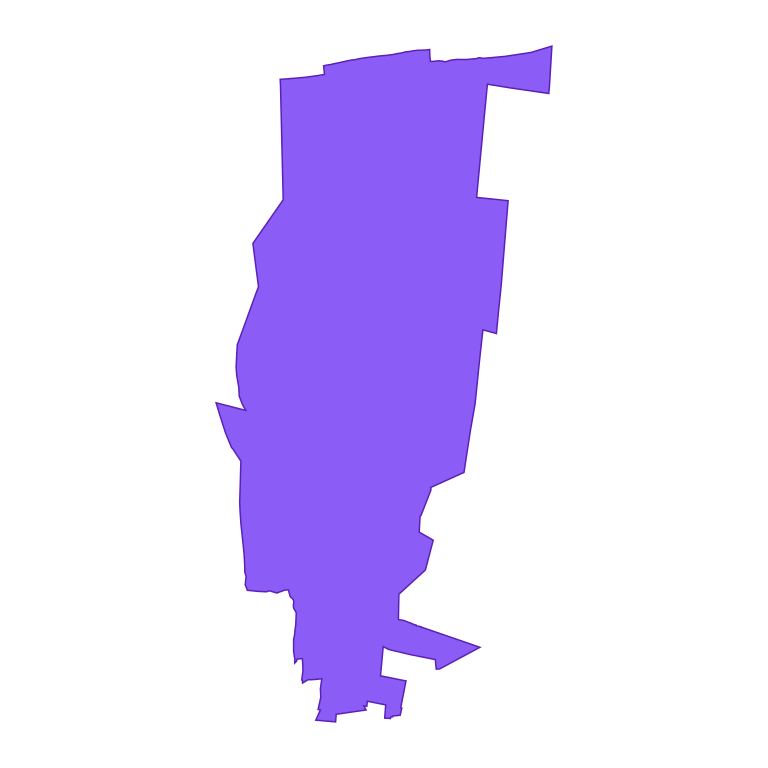 outline of Ixil, Yucatán, Mexico
{"feature_id": "50627088B50740950401551", "entity_name": "Ixil", "entity_type": "district", "adm_level": 2, "iso_a3": "MEX", "parent_name": "Mexico", "parent_adm1": "Yucatán", "projection": "robinson", "projection_center": [-89.477, 21.229], "detail": "fine", "context": "isolated", "style": "filled", "palette": "violet", "viewbox_px": 768, "rotation_deg": 0, "n_neighbors": 0, "source": "geoboundaries", "source_scale": "gbopen_adm2", "svg_char_len": 3014}
<svg xmlns="http://www.w3.org/2000/svg" viewBox="0 0 768 768"><path d="M464.0,472.4L465.7,461.1L470.3,431.1L475.1,403.8L479.3,362.7L480.7,349.7L482.9,329.9L496.4,333.5L498.3,313.5L501.2,285.4L508.1,200.7L476.6,197.4L484.8,111.2L487.4,84.2L512.2,88.2L512.3,88.2L548.8,93.5L548.9,92.1L549.5,85.5L551.9,46.1L530.9,52.5L504.8,56.4L484.0,58.3L481.9,58.2L480.1,57.7L478.1,57.9L476.5,58.6L466.3,59.5L464.1,59.5L456.9,59.4L450.6,60.2L446.9,61.4L444.8,61.8L442.9,61.2L438.3,60.8L436.5,61.0L432.8,61.4L430.4,61.4L430.3,59.9L429.9,57.0L429.9,55.3L429.7,52.6L429.7,49.5L426.2,50.0L424.5,50.0L421.5,50.2L418.0,50.2L415.8,50.5L414.3,50.7L412.7,50.9L408.7,51.6L405.9,51.8L401.4,53.0L397.8,53.5L394.7,54.1L392.6,54.6L390.5,54.8L387.3,55.3L384.5,55.5L379.2,56.0L374.5,56.6L369.3,57.2L364.9,57.8L362.6,58.2L359.7,58.6L356.0,59.4L354.5,59.9L353.0,59.8L351.1,60.1L349.0,60.5L346.8,60.9L344.2,61.6L342.0,62.0L340.0,62.5L337.4,63.1L335.4,63.4L331.2,64.4L325.7,65.3L323.6,65.8L324.5,74.5L321.7,74.9L318.9,75.4L314.1,76.1L310.2,76.6L306.0,77.2L302.5,77.5L297.3,78.0L294.4,78.3L290.6,78.5L288.0,78.8L285.3,79.0L283.5,79.1L280.2,79.3L280.4,83.2L280.5,85.7L283.2,199.8L252.9,243.4L256.2,269.2L258.5,286.7L255.2,295.5L250.2,309.3L241.2,334.1L239.0,340.1L237.2,344.8L237.2,346.3L236.8,353.1L236.5,359.5L236.2,365.3L236.1,367.1L236.7,375.2L238.8,387.5L239.2,396.0L242.2,404.0L245.7,410.4L216.1,402.8L219.4,413.8L225.3,432.3L231.4,447.3L232.8,448.9L240.9,461.1L240.6,471.1L240.2,485.7L239.7,502.1L240.1,511.8L241.0,524.8L242.1,534.7L244.1,554.2L244.7,565.0L244.8,572.2L246.1,576.2L245.2,584.7L247.4,590.3L258.1,591.4L266.3,591.8L269.5,590.8L276.7,593.0L278.3,592.6L279.6,591.9L281.2,591.5L284.6,590.1L288.5,589.9L288.7,591.0L288.9,591.8L289.2,593.1L289.3,593.1L289.9,595.5L290.3,596.8L292.1,598.3L293.2,599.7L293.6,600.5L293.8,602.0L293.4,604.8L293.5,606.6L293.5,607.5L293.8,608.4L294.5,609.6L295.8,611.9L296.1,612.5L296.2,614.3L295.8,623.8L295.6,625.9L294.8,631.7L294.6,635.0L293.6,639.4L293.6,651.4L294.9,659.8L294.6,660.7L294.7,663.1L296.6,661.1L297.1,659.1L302.4,658.6L302.9,667.7L302.9,671.3L301.7,679.9L302.5,680.5L302.5,682.0L302.5,682.3L302.6,682.6L302.6,683.0L308.0,679.8L308.2,679.7L311.8,679.7L317.1,679.3L321.8,678.7L320.4,688.7L320.8,697.3L318.1,709.5L320.4,709.9L315.8,720.2L316.1,720.2L335.6,721.9L336.2,714.3L356.2,711.4L366.1,710.0L363.8,705.8L366.8,706.3L367.3,701.3L370.6,701.9L385.7,704.9L384.7,718.1L390.5,718.5L390.7,717.3L391.9,716.7L392.5,716.8L392.5,716.1L400.2,715.2L401.8,708.1L400.7,707.9L406.0,680.9L402.8,680.3L380.5,675.8L383.2,646.7L388.8,649.5L409.5,654.4L411.2,654.8L429.7,658.5L432.7,659.1L435.3,659.5L436.2,669.1L439.5,669.0L479.9,647.3L422.2,627.4L421.8,627.4L421.4,627.5L421.4,627.2L421.3,626.9L419.5,626.4L416.2,625.8L416.2,625.1L413.4,624.5L413.4,624.2L403.9,620.5L398.4,619.5L398.9,594.2L412.8,581.5L412.9,581.4L425.4,570.0L433.1,540.6L433.2,540.4L433.2,540.2L419.2,532.1L420.1,516.0L421.1,515.3L430.7,490.6L431.0,489.0L430.6,487.5L464.0,472.4Z" fill="#8b5cf6" stroke="#5b21b6" stroke-width="1.5"/></svg>